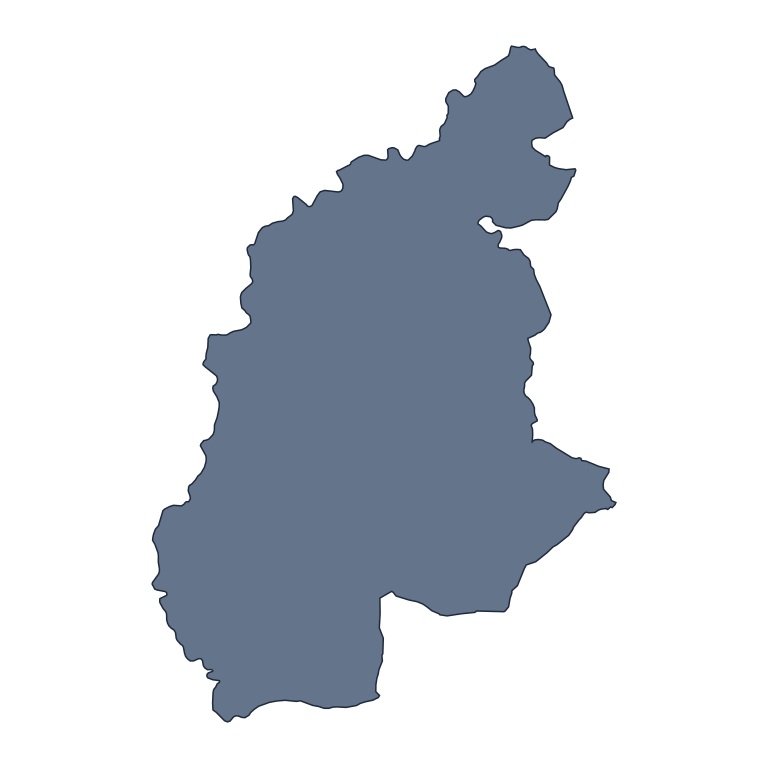 Cuautempan, Puebla, Mexico
{"feature_id": "50627088B27236807147286", "entity_name": "Cuautempan", "entity_type": "district", "adm_level": 2, "iso_a3": "MEX", "parent_name": "Mexico", "parent_adm1": "Puebla", "projection": "albers", "projection_center": [-97.792, 19.919], "detail": "fine", "context": "isolated", "style": "filled", "palette": "slate", "viewbox_px": 768, "rotation_deg": 0, "n_neighbors": 0, "source": "geoboundaries", "source_scale": "gbopen_adm2", "svg_char_len": 6089}
<svg xmlns="http://www.w3.org/2000/svg" viewBox="0 0 768 768"><path d="M548.2,219.4L556.0,211.7L557.3,208.6L558.3,203.0L561.1,198.9L567.9,186.5L570.3,181.2L571.4,177.4L573.9,176.1L575.8,170.1L575.0,168.8L566.2,169.7L558.9,168.7L554.6,167.5L549.5,165.0L549.6,157.2L548.7,156.2L547.7,155.6L546.1,155.6L545.6,156.7L535.4,150.3L532.3,147.2L531.6,143.1L532.1,140.3L535.5,138.3L539.1,137.7L545.2,138.1L553.0,132.9L563.0,127.6L566.8,121.9L569.8,119.4L572.7,118.0L563.9,91.9L562.0,85.2L560.0,81.7L554.6,75.0L554.1,69.0L553.6,68.0L549.6,66.9L548.1,65.6L546.8,63.2L537.8,53.6L535.8,50.5L535.4,49.0L530.7,49.9L527.8,48.5L525.9,47.0L523.8,46.4L521.5,46.6L520.0,47.4L517.4,47.4L511.5,46.1L510.7,47.4L509.4,53.5L508.3,56.0L501.5,60.2L494.5,65.1L485.1,68.6L480.9,71.5L478.0,75.9L474.8,79.4L474.8,81.7L475.9,83.3L474.9,86.8L473.0,90.9L470.9,94.0L467.8,96.0L465.0,96.8L463.4,96.0L459.2,91.7L455.9,89.9L452.9,90.1L448.8,92.6L445.9,98.4L445.7,99.9L445.9,101.9L448.3,106.1L448.2,113.6L447.1,114.9L446.9,116.0L447.3,117.2L444.5,123.6L441.1,126.5L440.2,128.3L439.7,130.1L440.2,136.1L439.3,139.0L439.7,139.9L439.5,140.7L432.0,143.2L428.7,144.5L426.3,146.1L424.2,146.6L419.4,145.5L418.1,145.6L416.9,146.6L415.6,148.6L414.8,151.0L412.4,155.9L408.3,160.0L406.5,160.2L403.6,159.2L401.5,157.2L400.0,155.1L397.8,149.9L394.2,147.9L391.9,147.7L388.6,148.7L387.6,149.9L388.1,156.7L387.7,158.2L386.5,159.8L385.5,160.1L380.8,159.8L368.2,155.3L364.1,155.3L358.6,157.3L351.3,161.9L350.3,164.3L349.1,165.4L348.4,165.4L339.2,170.2L338.1,170.3L336.5,171.6L337.4,174.2L340.1,178.3L343.0,184.3L342.8,188.3L341.4,190.9L339.0,191.9L337.3,191.9L324.6,190.4L320.1,191.9L317.3,195.6L312.0,205.5L310.0,206.6L307.6,206.3L306.3,204.5L297.9,197.7L295.4,196.3L294.3,196.5L293.6,196.9L292.6,198.8L293.4,210.8L292.1,214.4L287.2,218.1L285.7,219.9L282.6,221.1L278.1,221.6L272.4,223.2L268.8,225.6L265.0,226.3L262.3,227.6L258.4,232.6L254.8,243.5L253.8,244.7L250.2,244.9L247.5,247.5L247.1,249.5L247.8,252.8L248.4,254.8L250.0,256.9L250.5,260.0L250.8,267.5L250.1,274.5L250.4,276.6L252.1,278.9L252.8,281.6L251.6,283.7L245.8,288.5L241.9,292.4L241.0,294.4L240.4,297.2L240.9,303.5L241.9,308.0L244.9,310.6L246.3,312.8L248.8,314.7L250.1,316.3L250.9,321.3L250.8,323.0L246.3,327.5L241.6,329.8L233.6,331.3L230.5,332.7L226.7,335.0L221.9,335.1L217.7,334.3L216.5,334.9L211.2,334.7L210.1,335.0L208.2,338.5L207.8,347.4L206.3,353.1L205.9,357.1L206.1,358.7L203.8,361.7L203.1,363.4L203.1,364.8L205.5,367.1L216.4,375.8L217.5,378.4L217.3,381.3L215.8,384.2L213.1,386.2L212.8,388.3L213.4,391.1L216.9,396.8L219.2,402.4L219.2,406.5L218.6,410.5L217.1,417.6L214.5,424.8L214.3,430.7L213.1,434.5L208.8,439.1L206.1,440.2L203.7,440.6L200.8,444.2L200.4,445.7L205.9,455.8L206.2,458.2L206.1,461.4L204.4,467.4L200.9,473.4L197.9,476.0L195.5,479.9L191.7,484.1L189.6,485.3L188.7,486.8L188.2,490.7L190.0,496.0L190.4,498.8L188.6,501.8L186.7,501.7L185.5,502.2L184.1,504.1L181.5,505.9L173.5,505.3L169.7,506.5L164.8,509.0L163.0,510.6L158.5,525.7L155.4,529.2L153.5,534.3L152.8,537.9L152.6,540.4L154.8,544.0L158.0,552.7L158.4,556.0L158.3,562.0L159.4,568.6L159.4,571.3L158.6,574.0L152.6,582.3L152.1,584.0L154.8,589.1L157.0,590.0L165.4,591.6L166.6,592.7L166.9,594.1L166.6,595.4L159.9,598.6L159.7,600.6L159.9,602.6L163.0,608.4L165.8,611.7L166.6,614.2L166.7,619.9L167.6,623.3L168.9,625.8L171.3,628.3L174.0,630.0L175.5,632.6L176.3,638.6L177.3,640.5L180.6,644.2L182.7,645.6L183.5,647.7L184.5,653.0L185.6,656.4L187.7,659.0L190.2,660.9L193.6,660.9L198.7,658.7L201.0,658.8L202.5,660.6L203.4,665.8L204.9,668.0L207.4,669.7L211.7,669.6L212.6,670.4L212.6,671.3L208.3,672.9L207.0,674.4L206.9,676.2L207.7,677.8L212.6,679.7L219.5,680.7L219.5,682.2L217.2,683.9L215.8,686.9L213.8,689.4L213.1,692.2L212.6,703.1L213.0,710.0L216.2,712.3L224.5,720.7L227.5,721.9L230.0,721.1L233.6,716.8L235.8,715.8L238.3,716.0L241.5,717.3L244.9,717.7L249.0,715.2L250.6,712.6L254.2,709.3L258.7,706.2L269.3,702.4L276.6,701.0L285.2,700.3L296.5,701.4L300.3,700.8L312.7,705.4L318.7,706.5L324.1,708.3L328.9,708.3L333.0,707.1L336.9,706.9L346.2,707.4L356.5,705.5L360.3,703.4L365.3,701.8L372.9,700.2L378.3,697.5L379.5,695.5L375.8,691.6L375.9,684.5L376.9,678.1L378.2,674.1L378.9,669.8L382.4,660.9L381.9,655.4L382.8,653.7L383.3,638.2L379.3,627.8L380.1,613.8L379.9,598.1L391.5,591.4L393.1,592.2L396.1,596.0L409.0,600.0L417.1,601.7L422.6,603.9L426.4,606.4L431.8,610.7L439.0,613.8L439.9,614.8L447.1,615.9L461.7,613.7L474.9,612.4L476.6,611.0L504.0,611.7L505.3,610.9L508.6,606.8L510.0,598.5L511.8,593.1L511.9,590.7L517.4,585.7L524.4,568.4L526.3,564.9L535.8,561.7L547.1,552.6L553.0,546.9L557.0,544.7L568.8,535.2L572.6,529.6L573.6,527.0L579.3,519.6L581.2,517.7L584.2,513.3L586.1,512.2L589.1,512.8L595.0,512.4L598.6,510.0L601.3,509.1L606.6,508.5L607.1,509.4L607.9,509.4L610.5,507.0L612.2,507.6L615.0,504.6L615.9,502.5L611.4,500.6L610.3,497.0L603.6,489.3L603.1,485.0L603.8,480.4L608.8,472.4L609.1,469.0L598.6,466.3L586.0,461.1L581.6,460.5L580.9,458.3L579.1,457.8L576.2,458.7L572.1,457.8L556.5,448.3L550.4,443.7L545.4,441.9L542.7,440.2L538.7,439.5L536.0,439.7L534.2,440.1L532.2,441.9L532.7,435.0L532.5,429.1L531.2,425.4L531.5,424.4L533.0,423.2L537.2,420.9L537.1,419.4L535.0,415.1L534.4,411.8L534.4,407.9L533.0,404.3L530.4,400.2L528.2,397.8L525.6,395.9L524.1,393.1L523.8,390.3L524.6,386.2L524.6,383.1L525.6,381.3L531.5,375.2L532.3,365.7L533.4,364.4L533.2,362.4L530.1,358.8L529.7,356.5L530.4,354.0L530.7,348.2L528.3,341.0L527.8,338.4L534.7,335.3L538.1,332.8L539.9,332.5L542.2,331.1L544.5,329.0L549.0,322.2L551.0,314.8L539.8,286.4L536.3,279.6L534.3,274.4L533.6,269.3L530.7,266.5L530.1,261.3L528.6,258.5L523.9,254.9L520.4,249.7L517.1,249.4L513.6,249.6L510.5,250.4L508.9,250.3L508.0,249.2L505.4,248.3L499.9,248.0L498.3,247.1L498.1,245.1L498.5,243.9L499.7,242.2L501.7,237.7L501.8,235.4L500.6,231.6L499.3,230.7L498.0,230.5L495.1,232.3L491.9,233.6L489.2,233.2L486.3,231.9L480.7,225.8L478.1,224.0L478.1,222.3L479.2,220.2L483.4,217.0L485.9,216.2L490.0,216.7L491.8,218.0L492.6,219.5L492.6,221.8L496.1,225.3L505.8,227.8L511.0,228.0L519.1,226.1L522.7,225.0L531.4,220.3L535.7,219.8L545.1,219.9L548.2,219.4Z" fill="#64748b" stroke="#1e293b" stroke-width="1.5"/></svg>